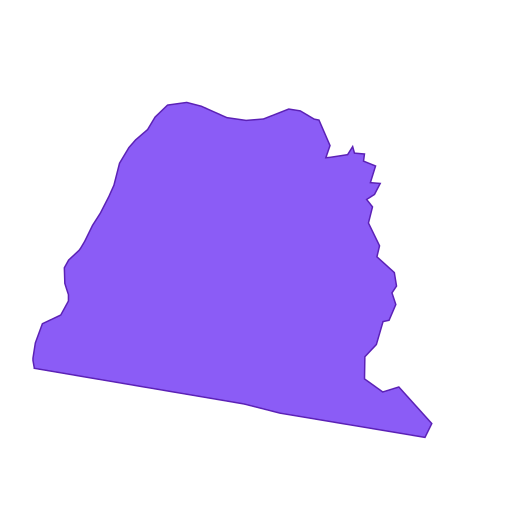 outline of Clark, Washington, United States of America, rotated 100°
{"feature_id": "52423323B89011069533198", "entity_name": "Clark", "entity_type": "district", "adm_level": 2, "iso_a3": "USA", "parent_name": "United States of America", "parent_adm1": "Washington", "projection": "orthographic", "projection_center": [-122.549, 45.801], "detail": "fine", "context": "isolated", "style": "filled", "palette": "violet", "viewbox_px": 512, "rotation_deg": 100, "n_neighbors": 0, "source": "geoboundaries", "source_scale": "gbopen_adm2", "svg_char_len": 1068}
<svg xmlns="http://www.w3.org/2000/svg" viewBox="0 0 512 512"><g transform="rotate(100 256 256)"><path d="M405.1,454.8L404.8,402.4L403.8,242.2L406.6,204.9L405.3,58.1L390.5,53.8L360.2,92.6L367.9,107.6L358.2,127.8L336.3,131.3L322.3,122.1L298.5,119.5L296.2,113.8L279.5,109.9L268.7,115.7L261.2,112.4L248.3,116.9L235.8,136.8L224.5,136.1L204.0,151.0L187.4,149.8L181.1,156.9L174.8,150.0L163.0,146.3L163.9,156.1L146.6,153.9L143.9,166.6L136.7,166.9L137.6,176.9L131.5,179.8L140.3,183.4L146.0,200.2L147.1,204.3L134.4,202.3L111.2,217.6L111.1,222.5L105.4,237.6L105.6,249.3L119.8,272.5L124.2,289.3L124.4,296.1L124.8,308.7L123.7,313.2L118.0,335.9L116.8,350.9L122.7,369.2L123.4,369.8L136.7,379.5L150.3,384.7L162.5,394.7L171.3,400.0L188.3,406.5L211.0,408.2L220.1,410.5L222.6,411.1L239.8,416.4L240.8,416.7L254.2,422.3L264.3,425.2L271.5,427.3L278.6,430.0L281.1,431.2L292.5,439.8L300.9,442.7L316.2,439.5L321.4,436.8L326.6,434.0L332.9,432.9L348.0,438.0L359.8,454.6L379.9,458.2L395.3,457.9L397.6,457.5L405.0,454.8L405.1,454.8Z" fill="#8b5cf6" stroke="#5b21b6" stroke-width="1.5"/></g></svg>